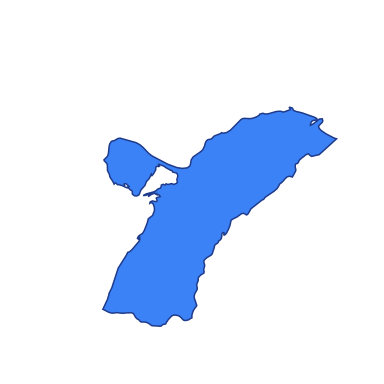 map outline of Falcón (Albers equal-area conic projection), rotated 317°
{"feature_id": "VEN-23", "entity_name": "Falcón", "entity_type": "State", "adm_level": 1, "iso_a3": "VEN", "parent_name": "Venezuela", "parent_adm1": "", "projection": "albers", "projection_center": [-69.856, 11.252], "detail": "fine", "context": "isolated", "style": "filled", "palette": "blue", "viewbox_px": 384, "rotation_deg": 317, "n_neighbors": 0, "source": "natural_earth", "source_scale": "10m", "svg_char_len": 5539}
<svg xmlns="http://www.w3.org/2000/svg" viewBox="0 0 384 384"><g transform="rotate(317 192 192)"><path d="M46.8,217.0L56.9,212.9L61.2,210.4L62.1,209.6L67.8,207.5L86.2,197.3L101.1,193.4L103.8,192.3L105.8,193.2L109.1,193.2L120.1,191.9L121.8,190.8L123.4,188.4L122.4,188.7L121.7,189.3L121.1,190.1L120.7,191.0L120.5,188.6L122.8,187.8L127.8,188.5L130.9,187.6L138.2,184.1L141.7,181.8L143.5,181.9L147.1,182.3L152.0,179.9L154.0,177.5L155.3,174.8L155.4,173.0L155.2,172.3L154.5,171.7L153.5,171.5L154.4,170.8L155.7,171.0L157.1,171.6L157.8,172.8L158.7,173.9L159.7,174.8L160.7,174.3L161.2,173.4L161.6,172.1L162.5,172.1L163.6,172.7L164.5,173.1L165.2,173.7L165.7,173.7L165.8,172.7L165.8,171.8L165.7,171.2L165.3,170.8L164.5,170.5L164.6,170.0L164.7,169.7L165.2,169.1L163.8,168.6L164.0,167.3L159.9,165.9L157.7,165.7L157.4,165.5L157.8,164.9L158.5,164.9L160.0,164.9L159.2,164.1L158.1,163.7L156.8,163.3L155.7,162.7L153.8,161.3L157.4,162.2L160.1,163.7L162.6,165.0L164.3,165.9L165.1,166.1L166.8,166.6L168.4,166.4L170.1,166.9L171.5,167.6L173.3,166.9L174.3,166.0L176.2,166.7L176.7,168.2L177.5,168.6L178.7,168.3L179.4,170.0L180.9,170.9L182.8,171.9L183.9,174.1L186.8,175.2L188.7,174.1L189.2,172.7L192.0,171.0L193.2,169.8L193.6,167.6L191.5,164.3L191.9,162.4L191.1,161.3L189.6,156.7L189.0,153.8L186.7,149.1L186.1,149.1L185.8,150.9L185.0,150.7L184.2,149.7L183.5,149.1L182.2,149.4L181.4,150.1L180.9,150.8L180.5,151.1L176.0,152.5L173.9,152.7L174.4,151.1L170.5,152.8L169.4,153.1L166.6,153.2L165.2,153.5L164.2,154.1L162.1,155.1L156.0,155.7L151.4,157.9L149.0,157.3L147.3,155.5L146.9,153.1L147.3,152.4L148.5,151.1L148.8,150.4L148.9,149.7L148.7,149.3L148.5,148.9L148.3,148.4L148.3,145.8L148.1,145.6L147.2,144.4L147.0,143.8L147.5,144.1L149.0,144.8L149.6,145.1L149.6,142.4L149.4,141.2L148.9,140.4L147.8,139.9L147.4,140.6L147.0,141.7L146.3,142.4L145.8,140.7L143.7,137.1L143.3,136.5L142.8,136.2L142.5,135.8L142.4,133.8L142.1,133.2L141.5,132.9L140.4,133.1L140.9,131.7L141.7,128.2L141.8,126.7L142.2,125.2L143.9,122.1L144.3,120.1L144.9,118.6L147.9,115.2L148.9,113.8L149.2,112.2L149.1,109.3L149.6,108.4L153.8,108.3L155.5,107.8L157.1,106.8L163.0,101.7L165.2,100.5L167.5,100.0L168.8,100.5L170.1,101.4L174.5,102.4L176.3,103.8L184.8,117.8L186.1,121.8L186.6,125.9L186.7,134.3L187.4,138.4L193.2,155.1L197.7,164.0L201.0,168.1L205.0,171.1L208.3,171.5L210.7,170.0L213.2,168.0L216.8,167.1L224.8,168.3L228.5,168.5L232.4,167.0L235.1,165.3L236.7,164.6L238.6,164.4L239.6,164.7L241.5,166.0L242.5,166.4L245.8,166.2L246.7,166.3L252.9,168.8L254.0,168.7L254.5,169.7L255.8,170.8L257.3,171.8L258.5,172.3L262.5,173.0L277.4,172.4L279.2,172.9L280.7,174.0L283.9,177.4L285.7,178.8L287.8,180.0L291.1,181.2L292.6,181.5L293.9,181.6L294.5,181.2L295.0,181.5L297.2,182.5L297.8,183.2L298.8,185.0L301.1,186.8L308.3,190.5L310.4,192.0L312.1,193.6L312.8,195.1L313.7,196.1L320.0,198.8L320.5,197.8L320.6,197.4L320.7,196.7L321.4,196.7L321.6,197.3L322.6,198.8L322.6,199.4L321.9,201.2L322.8,203.7L326.5,209.2L332.5,220.7L333.4,223.4L332.6,224.6L331.9,224.2L330.9,223.3L329.6,222.4L328.0,222.0L326.8,222.3L325.7,222.8L324.7,223.4L324.1,224.0L327.2,224.9L334.9,225.5L337.2,227.3L336.2,229.2L334.6,229.9L330.3,230.0L328.9,230.8L328.4,232.7L328.4,234.9L329.7,240.9L332.7,249.4L334.0,251.7L310.5,251.4L303.7,247.5L303.2,245.1L303.2,243.4L301.5,242.7L299.6,242.3L297.6,242.3L296.3,242.0L292.5,241.9L291.8,242.1L291.0,242.4L289.9,242.9L288.8,243.0L288.2,242.8L287.2,242.3L286.6,242.4L285.9,242.7L285.0,243.6L284.5,244.2L283.4,246.1L282.8,246.9L281.2,247.7L275.6,249.5L274.2,247.2L273.7,246.8L273.2,246.4L271.9,245.8L268.6,245.8L266.4,246.2L263.0,246.2L261.9,246.0L261.3,246.0L259.1,246.9L256.6,247.5L252.6,247.4L242.2,245.8L241.5,245.8L239.8,246.2L239.1,246.1L238.5,246.0L238.1,245.8L237.5,245.6L223.9,244.5L223.3,244.6L222.2,245.0L217.9,246.2L217.0,246.2L216.3,246.0L216.1,245.5L215.9,245.0L215.8,244.4L215.5,243.4L215.2,242.9L214.9,242.5L213.3,241.6L208.2,241.0L203.3,239.6L202.1,239.4L201.2,239.4L196.9,242.4L193.3,244.1L189.2,245.6L188.1,245.7L187.2,245.8L186.6,245.7L186.2,245.5L186.0,245.2L186.2,244.9L186.5,244.6L186.9,244.3L187.6,243.7L187.1,242.8L186.7,242.7L185.9,242.8L185.4,243.0L185.0,243.3L184.7,243.6L184.3,244.0L183.2,245.0L181.8,245.9L181.0,246.2L180.1,246.3L179.4,246.2L178.3,246.1L177.6,246.3L176.7,246.7L176.1,246.8L175.5,246.8L174.8,246.6L174.0,246.5L172.7,246.4L172.0,246.6L170.3,247.9L167.4,249.4L166.0,250.3L164.6,251.0L163.7,251.2L162.9,251.2L158.3,250.2L155.6,250.1L154.7,250.2L154.0,250.4L153.6,250.6L153.3,251.0L153.0,251.3L152.4,252.1L151.3,254.3L149.9,255.3L148.3,256.2L147.6,256.8L147.1,257.5L147.0,258.0L145.5,259.4L142.0,258.7L139.8,258.7L138.2,259.0L137.5,259.5L136.7,260.5L136.0,261.1L133.4,262.3L132.1,263.1L131.4,264.1L130.6,265.5L129.5,266.7L127.4,267.5L126.0,267.8L124.1,268.6L122.0,270.2L121.2,271.5L120.1,274.0L119.6,275.2L118.8,276.6L118.4,277.7L117.9,278.4L116.5,278.7L114.6,279.0L112.5,279.5L110.4,280.5L108.1,281.9L106.8,283.2L106.1,284.0L104.1,283.4L102.7,283.3L100.9,282.4L99.4,281.4L98.5,280.1L98.3,278.6L98.4,276.2L97.8,273.3L95.9,270.7L94.6,269.5L92.3,268.8L87.4,269.2L84.1,270.0L83.2,270.4L82.7,270.5L81.9,270.1L80.5,269.1L79.1,269.0L78.1,269.0L77.6,268.8L76.7,268.0L75.7,266.8L72.1,263.1L71.4,262.2L71.0,260.0L70.9,259.5L70.4,257.7L69.7,256.2L69.0,255.2L68.2,254.3L66.7,253.0L66.1,252.1L65.8,251.4L66.0,250.4L66.1,249.8L65.9,249.3L65.5,247.9L65.3,247.1L65.3,246.1L65.3,245.0L66.2,241.4L65.9,239.9L65.2,238.9L60.9,235.1L60.0,234.6L58.2,233.0L54.5,228.7L53.0,227.8L51.2,226.3L50.2,225.1L49.2,223.4L46.9,217.2L46.8,217.0Z" fill="#3b82f6" stroke="#1e3a8a" stroke-width="1.5"/></g></svg>